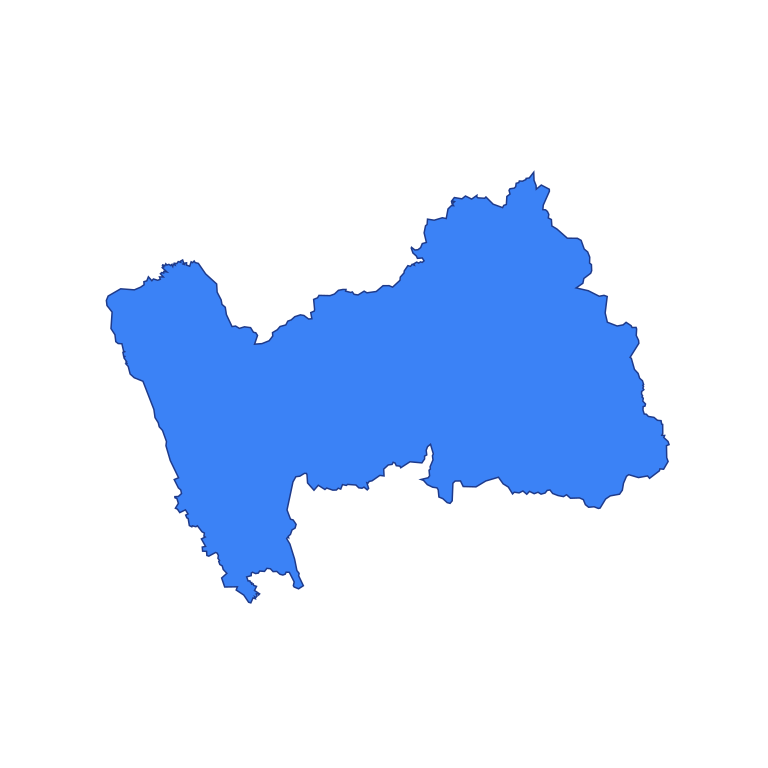 El Carmen De Bolívar, Bolívar, Colombia, rotated 324°
{"feature_id": "7082276B24819369766558", "entity_name": "El Carmen De Bolívar", "entity_type": "district", "adm_level": 2, "iso_a3": "COL", "parent_name": "Colombia", "parent_adm1": "Bolívar", "projection": "natural_earth1", "projection_center": [-75.182, 9.704], "detail": "fine", "context": "isolated", "style": "filled", "palette": "blue", "viewbox_px": 768, "rotation_deg": 324, "n_neighbors": 0, "source": "geoboundaries", "source_scale": "gbopen_adm2", "svg_char_len": 6171}
<svg xmlns="http://www.w3.org/2000/svg" viewBox="0 0 768 768"><g transform="rotate(324 384 384)"><path d="M618.6,414.4L622.0,409.3L621.4,407.0L625.0,402.3L626.4,396.9L625.3,392.5L627.9,383.7L626.1,379.8L618.0,373.8L615.0,360.3L612.7,354.8L616.1,349.3L614.5,346.2L617.0,343.7L617.6,340.5L617.1,338.1L615.0,336.3L618.0,332.9L631.1,325.3L632.2,323.6L628.2,315.5L621.7,315.9L623.7,312.8L625.1,307.4L629.6,300.7L622.6,302.7L619.8,301.2L619.0,302.0L615.2,301.3L612.8,299.3L611.4,300.3L608.9,299.3L606.5,301.8L604.5,302.1L600.7,300.1L599.0,300.8L597.6,304.4L593.6,304.5L588.5,310.7L585.9,309.9L583.6,311.0L578.0,302.7L576.4,292.6L574.6,292.9L569.4,288.6L569.1,287.0L570.0,286.0L563.6,285.9L560.4,279.8L555.9,280.0L550.5,274.5L546.0,275.8L545.5,277.0L546.9,276.1L548.3,277.9L545.3,278.3L545.1,280.6L543.5,279.3L538.7,280.0L531.6,286.7L528.9,283.8L520.9,281.0L516.1,276.2L512.6,280.3L510.6,280.4L505.3,285.3L501.5,294.4L497.5,292.9L493.8,295.2L490.4,295.3L487.8,293.8L486.6,289.6L485.9,290.1L484.4,295.1L485.4,299.5L484.9,302.0L489.0,304.5L488.8,307.9L486.4,308.1L485.4,306.7L483.1,306.5L482.1,304.6L478.8,304.3L478.4,305.7L477.2,303.7L474.6,304.4L472.9,302.3L466.9,304.4L465.5,305.9L460.0,307.1L457.9,309.5L447.9,310.7L445.9,307.4L441.0,303.9L432.1,304.6L423.8,300.2L422.5,297.2L415.4,296.7L412.5,293.9L412.5,290.9L410.9,290.4L407.5,286.3L408.8,285.2L406.4,283.4L402.2,281.4L396.8,282.1L392.3,280.8L383.5,274.1L380.9,275.2L376.8,274.2L371.6,283.0L370.5,284.0L366.7,283.2L364.0,288.8L361.2,287.1L359.5,281.5L357.0,278.9L351.4,277.1L346.6,277.6L343.1,276.6L339.3,278.5L333.7,276.4L329.6,277.4L324.0,276.9L322.2,279.8L316.5,281.5L309.0,279.6L302.7,275.7L310.2,270.4L310.4,267.2L308.8,265.4L309.2,260.0L304.7,255.7L299.7,254.0L298.0,249.9L294.8,248.2L297.3,235.2L300.7,228.6L299.7,224.4L301.7,220.2L303.0,211.6L307.4,204.7L304.4,190.1L304.7,177.3L302.6,174.8L302.7,172.9L300.5,173.3L299.8,171.8L296.0,174.5L294.1,171.7L295.5,169.9L293.6,169.0L292.8,170.0L291.9,168.7L293.1,168.3L294.0,165.3L291.6,165.0L291.1,166.1L289.5,164.0L287.2,164.8L285.5,163.2L284.9,165.0L283.9,163.1L282.1,164.8L282.2,162.5L281.0,162.7L280.3,160.8L278.2,160.1L278.1,158.5L276.3,159.5L275.1,157.6L274.2,158.1L274.6,159.8L273.0,159.6L274.2,165.7L272.1,163.5L271.0,164.7L269.8,163.2L267.9,163.4L268.4,167.7L265.3,165.4L264.6,167.8L261.9,167.1L259.2,163.5L256.9,164.0L256.4,158.8L252.7,161.1L249.9,160.1L248.2,162.7L244.0,162.6L237.4,161.1L226.9,152.2L212.5,150.7L208.5,153.2L206.0,157.7L206.3,166.0L195.7,178.7L195.3,186.0L191.9,192.1L192.7,195.0L195.6,197.4L192.7,204.2L193.1,205.4L191.4,204.9L189.7,208.5L190.5,209.4L189.0,209.9L188.9,214.6L188.1,214.6L188.2,216.2L187.0,215.9L187.4,219.4L184.5,226.7L185.6,232.1L190.6,240.1L182.9,269.3L179.0,276.6L178.6,282.6L177.0,286.5L177.5,291.4L174.2,302.7L171.3,305.8L166.1,320.3L162.7,339.1L158.1,338.0L156.6,347.2L157.3,350.2L155.8,353.6L151.5,354.1L148.6,352.2L148.0,353.1L149.1,355.0L147.5,359.7L142.2,361.9L143.3,363.8L143.2,368.0L149.4,369.1L149.1,373.9L146.5,373.5L145.8,376.4L146.5,377.7L143.3,384.1L144.6,386.6L145.6,386.1L147.9,388.9L149.7,389.0L149.9,396.6L151.1,399.0L148.9,401.2L149.4,402.7L145.2,402.0L144.2,410.5L141.1,409.1L139.0,412.6L142.1,415.1L139.9,418.6L141.1,420.3L148.7,421.3L149.6,422.7L149.2,425.4L147.2,427.4L147.2,430.1L146.0,430.4L145.1,433.5L146.2,436.1L144.9,439.5L145.6,444.8L138.6,445.5L135.8,454.6L146.2,461.9L143.3,463.8L146.5,472.3L146.2,481.0L147.6,482.8L152.3,480.1L153.7,482.1L154.3,480.2L154.7,481.4L156.8,480.9L157.2,478.7L158.9,479.2L158.6,481.0L160.0,480.7L157.9,474.9L161.9,472.8L160.2,470.4L160.7,468.8L159.4,468.2L160.3,466.9L159.3,466.2L159.8,464.5L158.3,463.4L159.5,459.3L163.9,461.0L165.5,459.0L167.0,459.0L168.7,461.9L171.2,463.1L173.4,462.2L177.2,465.4L180.9,464.3L183.5,466.7L184.0,470.6L187.1,472.6L188.0,476.8L189.9,479.1L192.3,479.8L194.2,478.7L196.7,480.7L195.0,491.3L192.1,493.9L192.0,495.4L194.5,499.5L200.2,499.8L202.2,489.0L204.0,487.3L203.9,483.7L208.8,473.0L213.8,458.2L214.4,451.8L216.3,451.3L216.5,452.2L217.2,450.9L219.9,450.7L223.8,448.0L227.4,448.3L230.4,445.9L230.6,440.6L228.9,438.4L231.5,428.9L252.8,409.7L258.2,407.2L261.7,409.1L267.1,409.5L268.7,410.8L268.4,412.1L264.0,419.1L264.9,428.8L271.3,427.3L274.2,434.6L276.5,434.5L280.2,439.8L283.2,441.8L285.7,441.4L287.2,443.6L291.3,441.0L293.9,443.9L295.5,443.8L301.9,449.2L302.6,453.2L305.0,455.4L307.2,455.7L308.2,459.8L310.2,459.4L312.1,453.8L312.8,454.8L314.8,454.1L317.4,455.3L326.9,455.5L330.0,458.4L333.7,452.7L339.9,452.0L343.3,453.8L345.4,452.7L346.5,454.5L345.9,457.3L348.6,459.8L348.3,461.6L359.3,462.2L368.3,470.1L372.8,468.5L374.4,466.2L376.9,466.5L379.2,462.4L382.4,460.3L386.2,460.1L382.8,469.6L381.0,470.5L379.0,474.2L372.7,478.0L371.5,480.1L369.8,480.2L366.9,485.1L364.6,485.8L357.8,483.0L359.3,485.2L359.9,490.9L362.7,496.1L365.8,499.1L365.7,501.4L362.0,507.7L364.2,511.3L365.4,517.1L367.3,519.4L370.5,518.6L381.4,504.8L384.5,504.3L388.9,507.4L387.8,513.5L398.0,521.3L409.4,522.3L421.8,526.7L421.7,534.8L424.0,540.4L423.4,548.5L425.8,548.1L429.3,551.5L433.5,552.2L434.7,557.1L438.6,556.4L441.0,561.0L445.0,562.1L446.3,565.4L450.3,566.9L453.5,566.0L456.0,567.3L456.1,571.7L459.2,576.5L463.0,580.6L466.6,580.9L467.7,586.0L475.2,591.1L477.3,594.7L476.0,600.0L477.1,604.0L481.8,606.8L484.3,610.7L485.9,611.4L495.7,607.3L501.3,607.5L509.8,611.6L514.4,610.0L519.4,605.1L525.9,601.2L528.7,601.2L534.9,609.3L543.2,613.3L543.4,616.4L555.8,616.1L557.3,614.8L560.1,617.3L568.3,613.7L569.4,609.8L576.3,599.9L579.0,600.6L580.0,597.5L578.9,591.7L580.8,590.6L578.6,588.8L580.5,587.8L585.7,580.5L585.1,579.6L586.6,576.5L583.9,574.1L582.8,569.7L578.8,565.6L578.5,562.7L576.9,561.2L578.2,557.3L580.4,554.6L582.1,555.3L583.8,553.9L583.3,550.0L585.4,547.9L585.1,546.2L586.3,545.5L586.4,543.6L588.0,541.5L590.9,541.3L591.0,539.4L592.5,538.6L592.6,537.1L593.7,537.1L595.0,533.3L594.2,529.6L595.8,524.8L595.2,519.4L599.2,508.6L598.7,507.1L614.1,500.9L615.6,498.3L616.6,493.0L620.7,488.0L621.2,486.4L617.9,484.1L618.2,482.0L616.1,476.4L612.2,476.7L606.7,474.1L601.0,465.3L604.7,456.5L616.0,444.4L614.1,441.6L609.7,439.5L604.1,428.6L595.9,419.2L604.1,419.4L607.7,416.1L616.3,415.9L618.6,414.4Z" fill="#3b82f6" stroke="#1e3a8a" stroke-width="1.5"/></g></svg>